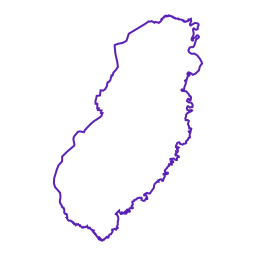 Krasang, Buri Ram, Thailand
{"feature_id": "78962969B46029670313066", "entity_name": "Krasang", "entity_type": "district", "adm_level": 2, "iso_a3": "THA", "parent_name": "Thailand", "parent_adm1": "Buri Ram", "projection": "natural_earth1", "projection_center": [103.326, 14.943], "detail": "fine", "context": "isolated", "style": "outline", "palette": "violet", "viewbox_px": 256, "rotation_deg": 0, "n_neighbors": 0, "source": "geoboundaries", "source_scale": "gbopen_adm2", "svg_char_len": 5848}
<svg xmlns="http://www.w3.org/2000/svg" viewBox="0 0 256 256"><path d="M67.7,151.1L62.2,156.5L62.1,161.3L58.6,165.2L57.0,169.0L54.2,178.2L53.9,183.0L55.0,187.0L60.0,192.7L60.4,195.4L60.4,198.1L59.9,200.4L59.9,202.6L60.5,203.3L60.7,204.2L61.7,205.4L61.8,206.8L62.7,207.2L63.4,208.3L63.7,208.1L63.9,208.6L64.3,209.9L64.2,212.6L65.4,214.0L66.3,213.9L66.8,214.3L67.3,217.2L66.8,217.5L67.2,217.7L67.1,218.5L67.8,219.8L68.7,220.6L70.2,220.8L70.7,220.6L71.6,221.7L72.2,221.6L73.1,222.2L73.3,222.4L73.2,223.1L74.0,223.3L74.2,224.3L75.4,224.5L75.7,224.2L75.9,224.7L76.2,224.1L77.0,224.6L77.9,224.2L77.9,224.7L79.9,225.1L80.0,226.2L81.8,226.7L82.1,227.6L83.2,227.6L83.8,227.0L84.4,227.3L85.1,227.0L85.7,227.1L86.1,226.6L87.1,226.8L87.3,226.3L88.3,228.2L89.0,227.7L89.8,227.6L90.1,228.0L90.0,228.5L92.0,230.0L92.6,229.9L93.0,230.4L92.9,230.8L93.8,230.7L93.4,232.2L93.9,232.8L94.6,232.9L94.8,233.9L95.1,233.8L95.9,234.4L96.3,235.8L96.7,236.2L97.6,236.7L98.1,236.3L97.7,236.9L98.0,237.0L98.1,237.7L98.6,237.5L98.4,238.4L98.8,239.3L99.3,239.2L99.2,238.0L100.0,238.0L100.1,238.3L99.6,239.1L100.2,239.2L100.4,239.8L101.1,239.2L101.8,239.8L101.4,240.2L101.8,240.6L102.5,240.6L103.4,239.7L104.0,239.7L104.3,238.8L104.9,238.8L106.7,236.8L107.6,236.7L107.5,237.6L108.4,237.6L109.3,234.8L109.8,234.4L111.0,234.2L112.5,231.6L112.6,231.0L112.0,230.0L112.2,229.5L113.7,229.4L115.0,228.7L116.0,229.6L116.4,228.9L117.7,228.1L117.7,227.8L117.0,227.5L116.9,226.7L117.8,224.6L117.7,221.9L118.4,219.0L118.1,216.8L117.2,215.3L116.8,213.7L116.5,213.6L116.3,214.3L115.8,214.1L116.6,213.0L119.1,210.6L119.3,211.6L120.9,214.0L122.0,213.7L121.5,213.2L122.0,212.3L124.2,213.4L124.8,211.8L125.2,211.5L125.6,212.3L125.5,213.4L126.0,213.7L126.9,212.6L126.7,210.1L127.2,209.5L128.3,210.0L128.5,211.7L129.6,211.8L129.8,211.6L129.6,210.4L128.9,209.7L129.5,208.5L130.2,208.1L132.5,208.4L132.8,208.2L132.8,207.5L131.7,207.5L131.4,207.3L131.8,205.5L132.6,204.8L132.9,204.2L132.3,202.6L132.4,201.6L134.1,201.0L134.4,199.9L135.9,199.6L137.6,198.1L138.6,198.1L139.4,197.6L140.8,198.0L141.4,197.7L141.7,198.0L141.6,199.9L143.5,200.9L144.7,200.6L146.0,198.4L146.5,199.1L147.2,199.0L147.2,197.7L146.0,195.1L145.2,194.8L144.3,195.4L144.0,194.9L144.3,194.3L146.9,192.9L149.1,193.6L150.0,193.3L153.8,187.9L154.1,185.2L154.6,184.1L157.0,181.6L158.4,181.7L158.0,180.9L158.4,180.2L159.3,180.1L159.9,179.5L161.2,179.3L161.6,179.5L162.0,180.7L162.9,180.9L163.8,178.3L164.9,176.3L164.7,175.0L163.6,174.5L163.6,173.9L164.7,173.7L166.6,174.2L167.9,173.6L168.0,173.0L167.5,172.6L166.6,172.8L165.0,171.8L164.8,170.4L167.0,168.0L167.6,166.8L169.0,166.0L169.1,165.4L168.8,164.6L169.0,164.2L170.2,164.1L171.4,164.7L171.9,164.6L171.8,163.8L170.8,162.1L170.8,161.8L171.5,161.6L172.9,162.3L173.2,162.2L173.1,161.5L171.4,159.6L170.4,159.6L170.4,159.0L173.7,158.5L175.1,159.7L176.8,160.1L177.0,159.9L176.9,158.6L177.6,156.8L178.8,157.0L178.7,156.3L177.5,156.0L177.3,155.5L176.5,155.1L175.7,155.3L175.3,154.3L176.1,153.5L176.1,151.5L177.4,152.2L178.0,150.9L177.9,150.3L177.0,149.3L177.0,148.8L177.7,148.6L178.8,147.5L178.1,147.2L175.9,147.1L175.9,146.1L177.3,143.0L178.1,142.5L179.4,142.3L180.1,143.9L182.6,144.6L183.6,143.8L185.3,143.6L186.3,142.8L185.9,141.8L186.5,140.6L187.6,140.2L188.6,137.8L190.0,137.5L189.6,135.7L189.8,133.9L190.4,132.4L188.9,131.9L188.7,131.5L190.8,130.6L191.3,128.7L190.4,128.2L189.3,128.5L188.8,125.8L187.9,124.3L188.8,120.8L187.5,120.0L185.7,120.2L185.3,118.3L186.1,116.4L186.1,114.9L187.2,113.2L190.6,111.6L192.1,110.6L191.7,110.0L188.6,110.6L187.2,109.7L186.9,108.2L187.4,106.7L187.8,106.2L188.2,106.2L189.7,107.5L190.3,107.5L191.3,107.1L192.4,107.0L192.7,105.9L192.3,104.0L191.2,102.7L188.9,102.4L187.0,101.1L187.4,99.8L188.3,98.7L188.8,98.8L189.7,100.3L190.5,100.2L191.1,98.0L190.7,96.4L189.4,95.8L188.7,94.2L186.1,91.3L182.1,90.9L181.4,90.0L181.7,89.5L184.0,89.4L184.4,87.2L185.8,83.6L185.8,82.4L185.0,80.6L185.6,80.2L186.4,80.7L187.6,76.5L189.5,75.4L189.5,74.0L188.3,74.7L187.5,74.5L187.4,73.6L188.2,72.5L188.8,72.3L191.2,73.4L192.7,74.8L195.4,73.7L198.9,70.4L199.8,66.7L201.4,64.1L202.1,63.7L201.7,62.2L200.1,59.1L197.1,55.2L194.2,53.6L191.9,53.8L190.9,53.5L189.0,52.0L188.4,50.6L189.1,48.6L189.7,47.6L191.3,47.1L192.9,47.1L193.6,46.6L194.5,44.9L196.0,39.9L196.8,39.0L198.4,37.9L198.9,37.1L198.9,36.6L198.3,35.8L197.8,35.3L197.2,35.3L196.5,35.8L195.4,37.5L193.3,38.2L193.1,40.3L192.3,40.6L191.6,39.8L191.8,38.2L193.5,35.1L193.6,32.7L193.0,29.9L193.2,28.9L193.9,28.3L195.5,29.6L196.3,29.7L197.7,29.1L197.8,26.6L198.7,25.0L198.4,24.0L197.7,23.5L195.0,22.9L190.6,25.5L190.2,25.3L190.0,24.2L191.2,20.9L190.9,18.8L190.5,19.0L190.2,19.6L189.3,19.5L189.5,19.8L188.9,20.1L188.1,21.0L187.7,21.0L187.7,20.7L187.0,21.3L185.9,21.3L185.3,21.9L184.0,21.6L183.9,21.1L183.5,21.0L183.6,20.5L182.8,20.1L182.4,20.3L181.5,19.7L178.9,19.2L178.6,18.9L178.4,19.2L177.2,18.5L175.6,18.6L175.0,18.0L174.4,18.2L173.4,17.6L173.5,17.3L172.5,17.1L172.4,16.6L171.8,16.6L171.5,16.2L170.2,16.0L169.2,15.4L168.7,15.4L168.5,16.1L167.6,16.0L167.2,16.3L166.5,15.8L166.2,16.3L165.6,15.9L164.8,16.6L164.6,16.3L164.1,16.7L163.9,17.5L163.4,17.5L162.6,18.3L162.2,19.2L161.7,18.9L161.3,19.3L161.3,20.5L160.7,21.4L158.9,22.8L158.7,22.4L157.5,22.5L155.7,22.0L154.5,22.2L154.4,22.6L151.6,21.1L150.2,21.6L148.7,21.4L144.0,24.6L128.8,33.7L126.6,40.5L125.9,41.2L122.7,42.9L117.9,43.8L114.7,45.1L114.7,46.9L115.5,54.2L117.3,62.2L117.9,66.9L115.9,69.9L113.4,72.6L112.5,75.6L111.5,75.4L110.4,80.0L108.5,82.2L107.6,82.3L106.8,86.5L106.1,87.4L105.4,88.9L103.3,90.6L100.6,90.3L99.9,95.5L96.7,95.9L96.1,99.0L95.5,100.5L95.5,103.6L96.7,103.6L96.7,104.1L97.4,104.1L97.2,108.3L98.8,108.3L98.1,110.1L101.5,110.5L100.9,113.0L102.5,113.1L101.5,115.8L99.7,117.5L93.8,121.3L90.3,124.4L85.0,129.9L83.9,132.2L80.0,131.4L78.0,131.7L74.3,136.2L73.6,137.6L73.4,139.5L74.4,144.2L74.2,145.7L67.7,151.1Z" fill="none" stroke="#5b21b6" stroke-width="2"/></svg>